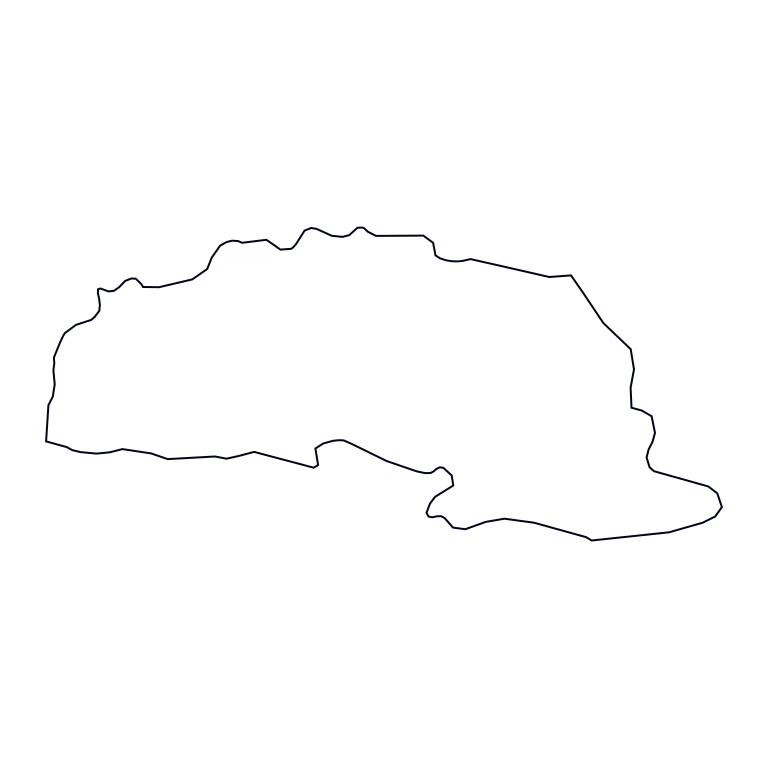 map outline of Põlva (Robinson projection)
{"feature_id": "EST-2347", "entity_name": "Põlva", "entity_type": "County", "adm_level": 1, "iso_a3": "EST", "parent_name": "Estonia", "parent_adm1": "", "projection": "robinson", "projection_center": [27.097, 58.038], "detail": "fine", "context": "isolated", "style": "outline", "palette": "ink", "viewbox_px": 768, "rotation_deg": 0, "n_neighbors": 0, "source": "natural_earth", "source_scale": "10m", "svg_char_len": 1665}
<svg xmlns="http://www.w3.org/2000/svg" viewBox="0 0 768 768"><path d="M571.0,275.4L582.0,291.2L603.4,323.1L630.7,349.2L634.0,369.4L630.6,387.7L631.5,407.7L641.7,410.5L651.6,416.2L655.0,432.9L652.5,441.9L648.6,449.5L646.6,457.5L649.6,467.3L654.0,471.2L708.4,486.5L717.3,493.4L721.9,507.1L715.2,516.5L702.7,522.7L669.1,532.3L591.6,540.5L591.2,540.2L585.9,537.1L534.0,522.7L504.4,518.7L485.7,521.9L465.3,529.2L453.0,527.6L444.7,518.1L441.1,516.2L436.9,516.3L432.2,517.3L428.5,516.5L426.5,512.7L430.0,503.6L435.1,496.8L453.3,485.5L451.7,475.5L443.5,467.9L439.8,467.3L436.1,469.1L433.7,471.4L430.5,473.0L425.1,473.1L416.9,471.4L386.8,461.1L352.3,444.2L343.7,440.4L338.8,440.2L333.0,440.8L323.2,443.5L315.4,448.5L318.1,465.1L313.7,467.7L254.1,451.9L239.4,455.8L226.5,458.7L215.0,456.5L167.7,459.1L151.0,453.4L122.4,449.1L109.9,452.3L96.5,453.6L80.5,452.1L72.2,450.1L66.8,447.1L46.1,441.4L48.4,405.3L52.8,396.6L54.7,384.3L53.4,370.5L54.3,363.1L53.9,357.6L59.9,342.8L63.4,335.4L65.1,332.9L75.9,324.9L91.2,319.9L94.8,316.8L99.3,310.8L99.9,304.9L99.1,298.6L97.9,293.1L98.0,289.3L100.5,288.5L108.4,291.4L113.8,290.9L119.0,287.3L125.2,280.9L131.4,278.5L135.8,278.7L141.5,284.3L143.0,287.0L159.0,287.2L192.3,279.4L207.2,269.0L211.8,257.5L220.1,245.7L226.5,242.1L232.1,240.7L238.3,241.1L242.1,242.8L266.4,239.8L280.5,249.6L291.2,248.8L293.0,247.5L296.1,244.0L304.6,230.6L311.1,228.0L316.6,228.9L331.8,235.8L342.6,236.9L349.3,235.1L357.4,227.8L361.7,227.5L364.0,228.1L367.8,231.7L376.0,235.9L423.3,235.6L433.1,242.8L435.5,255.4L440.0,258.3L445.7,260.2L451.5,261.2L457.3,261.4L462.1,261.0L470.6,259.1L549.3,277.0L571.0,275.4Z" fill="none" stroke="#020617" stroke-width="2"/></svg>